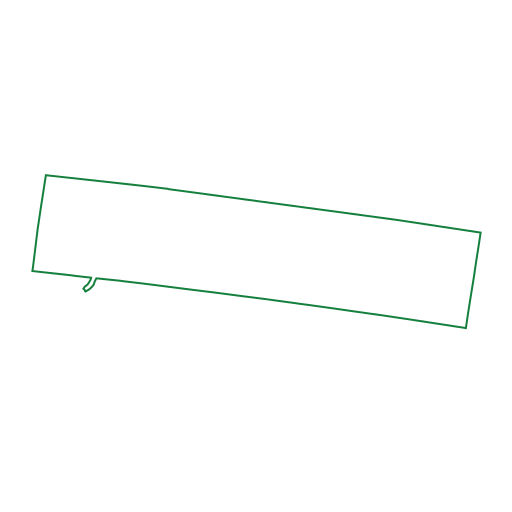 the district of Halfa, Northern, Sudan, rotated 187°
{"feature_id": "16777658B39778167930026", "entity_name": "Halfa", "entity_type": "district", "adm_level": 2, "iso_a3": "SDN", "parent_name": "Sudan", "parent_adm1": "Northern", "projection": "orthographic", "projection_center": [30.005, 21.349], "detail": "fine", "context": "isolated", "style": "outline", "palette": "green", "viewbox_px": 512, "rotation_deg": 187, "n_neighbors": 0, "source": "geoboundaries", "source_scale": "gbopen_adm2", "svg_char_len": 1126}
<svg xmlns="http://www.w3.org/2000/svg" viewBox="0 0 512 512"><g transform="rotate(187 256 256)"><path d="M476.1,213.8L437.7,214.3L434.9,214.3L434.7,214.2L417.0,214.4L417.3,212.2L417.9,210.9L418.5,209.5L418.6,209.3L419.7,207.2L419.8,207.0L422.1,204.8L423.3,202.5L422.0,201.6L421.5,200.4L420.8,200.0L417.8,202.3L417.4,202.6L417.2,202.9L415.4,205.0L415.2,205.2L415.0,205.5L413.6,207.8L413.0,210.9L411.7,214.4L411.0,214.4L386.8,214.9L386.6,214.8L362.5,214.9L338.5,214.8L315.1,214.7L314.8,214.7L291.0,214.7L267.5,214.5L243.7,214.4L220.1,214.1L211.6,214.0L208.0,213.9L196.4,213.8L172.3,213.4L148.2,212.9L124.2,212.5L100.4,211.9L76.8,211.2L53.2,210.5L48.1,210.3L42.7,210.2L39.0,210.0L38.9,210.0L38.5,226.0L37.9,243.3L37.2,260.9L36.8,278.2L36.2,295.3L35.9,306.6L121.2,309.0L350.7,311.7L352.2,312.0L352.8,312.0L353.0,311.9L358.7,311.9L378.3,311.8L472.3,310.6L474.4,310.6L474.9,294.9L475.2,285.2L475.4,279.4L475.9,259.7L476.0,257.9L476.0,257.2L476.0,256.4L476.0,255.8L476.0,243.9L476.0,233.2L476.0,232.4L476.0,223.1L476.0,219.7L476.0,219.0L476.1,214.9L476.1,213.9L476.1,213.8Z" fill="none" stroke="#15803d" stroke-width="2"/></g></svg>